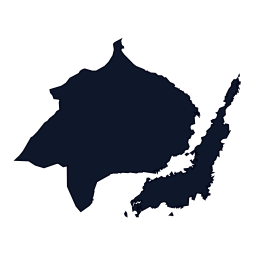 the district of Kota Bitung, Sulawesi Utara, Indonesia
{"feature_id": "22746128B20507278995893", "entity_name": "Kota Bitung", "entity_type": "district", "adm_level": 2, "iso_a3": "IDN", "parent_name": "Indonesia", "parent_adm1": "Sulawesi Utara", "projection": "mercator", "projection_center": [125.223, 1.491], "detail": "fine", "context": "isolated", "style": "filled", "palette": "ink", "viewbox_px": 256, "rotation_deg": 0, "n_neighbors": 0, "source": "geoboundaries", "source_scale": "gbopen_adm2", "svg_char_len": 5979}
<svg xmlns="http://www.w3.org/2000/svg" viewBox="0 0 256 256"><path d="M76.3,206.0L80.8,211.3L89.2,205.3L91.7,202.3L91.7,199.8L93.5,199.9L92.0,199.7L92.7,199.5L92.7,199.2L91.5,198.7L92.7,196.5L93.8,191.3L93.2,191.1L96.6,181.6L109.3,174.6L109.5,173.8L113.4,172.8L117.4,172.9L118.8,171.9L120.4,172.7L122.4,172.0L128.2,172.4L129.6,171.8L136.8,172.7L137.8,172.0L142.4,171.9L142.9,171.2L155.4,173.0L155.4,171.9L153.5,171.8L153.6,170.7L156.3,170.1L157.3,172.3L157.7,170.3L158.5,169.9L158.8,170.8L159.2,170.8L158.4,169.6L160.4,168.6L161.4,169.1L161.6,168.1L161.9,169.0L162.5,168.4L162.1,168.6L161.5,167.9L161.7,167.6L163.9,167.9L167.1,165.9L165.6,163.3L169.0,160.7L171.3,155.1L173.3,154.8L173.8,155.9L174.4,156.0L173.9,155.7L176.4,155.6L176.9,154.6L178.5,154.4L179.3,153.6L181.1,154.2L184.0,152.0L184.0,150.7L185.5,149.5L187.7,149.1L188.9,146.6L187.4,142.4L188.2,138.7L190.1,137.9L191.2,134.4L192.7,134.3L194.1,132.7L192.8,130.3L191.5,130.7L190.2,129.7L189.7,126.5L190.8,124.6L194.4,123.4L193.9,116.6L195.0,116.0L194.9,115.3L196.8,114.3L196.3,113.9L196.6,113.6L198.8,116.0L198.6,114.8L194.9,112.5L196.2,112.5L199.2,114.4L198.9,113.4L199.7,113.6L197.3,111.4L197.5,108.3L194.5,107.4L194.3,105.3L191.9,104.1L190.8,100.8L189.3,100.4L189.5,97.5L188.7,96.0L187.2,95.5L186.9,94.4L184.2,93.9L182.9,91.6L181.8,91.9L181.0,90.8L179.2,90.5L178.9,89.1L177.9,89.4L176.9,88.3L174.4,87.6L173.5,86.3L174.3,85.6L173.6,84.3L169.7,82.6L165.7,77.9L164.4,78.3L161.6,76.0L157.8,75.9L155.4,73.6L150.4,73.2L148.7,72.1L147.5,72.3L147.2,71.3L145.5,71.6L144.0,69.9L135.8,66.6L133.1,64.5L123.7,54.9L121.0,51.2L120.7,49.4L121.5,48.0L123.4,47.8L123.3,46.8L121.3,45.4L120.4,40.8L121.0,39.5L114.9,42.8L113.7,44.2L114.6,49.5L113.2,55.5L109.0,62.3L104.9,66.5L96.3,71.3L92.4,71.4L84.6,69.2L82.6,69.9L80.5,71.3L79.1,73.6L70.1,78.4L66.3,83.3L61.6,86.4L50.2,89.8L50.8,92.6L53.0,95.2L54.1,98.4L58.8,98.9L60.2,99.9L59.5,102.4L60.0,109.9L56.9,111.7L54.9,114.8L49.7,118.9L47.9,121.3L44.8,123.2L37.8,132.1L33.1,136.9L31.3,137.8L23.6,151.2L19.8,156.0L15.4,160.1L28.8,160.6L35.4,164.9L44.0,167.5L57.1,163.0L58.7,163.3L63.3,166.5L67.5,165.5L67.7,186.5L76.3,206.0ZM238.5,81.3L237.7,78.3L236.3,80.0L234.1,79.9L231.9,82.9L231.6,86.2L229.2,89.3L226.6,94.7L227.0,96.1L225.5,96.5L225.3,100.3L226.8,103.6L225.5,104.6L225.2,106.5L219.9,108.6L218.2,112.3L216.6,112.9L218.1,114.3L217.0,117.6L215.5,119.4L212.8,119.9L211.4,120.9L212.0,122.2L213.3,122.2L213.6,124.5L211.6,124.9L211.2,127.4L206.9,131.3L207.4,132.3L206.7,134.8L205.3,136.6L201.8,137.8L202.6,141.0L200.6,145.1L197.5,146.0L195.5,147.9L194.8,150.2L190.8,152.9L192.4,154.3L193.8,151.9L195.1,152.0L195.6,151.1L196.8,152.6L195.6,152.8L195.4,153.9L197.3,154.5L195.8,154.9L195.1,156.8L195.1,158.1L197.3,159.7L196.9,161.1L195.1,158.8L193.9,160.0L193.7,161.6L191.7,161.5L191.4,160.4L190.9,160.5L192.5,162.9L195.5,164.4L195.4,165.6L193.0,165.6L193.8,166.8L193.0,168.0L193.3,169.0L191.7,169.2L191.4,167.1L190.0,167.1L188.6,168.7L184.4,169.0L184.5,169.8L187.4,171.2L186.4,172.9L182.7,173.8L180.9,171.7L179.1,173.0L175.8,173.6L175.2,172.9L174.9,173.7L175.6,174.2L174.7,175.8L173.0,175.1L171.7,172.5L170.2,174.3L171.3,175.6L170.7,176.8L168.9,176.9L167.7,175.5L166.6,176.3L167.1,178.0L163.9,177.9L163.8,178.4L161.5,176.7L158.2,178.8L156.7,178.2L156.3,179.7L155.4,178.9L153.2,180.6L151.7,180.3L151.4,181.4L149.2,182.2L148.1,181.8L147.9,180.5L149.8,179.2L148.9,178.3L147.2,178.5L146.8,181.6L144.7,183.9L145.1,186.3L143.6,186.6L143.1,188.0L144.3,188.7L143.5,191.1L142.0,191.6L140.3,194.7L135.5,198.0L134.0,200.0L132.0,200.6L131.0,202.2L132.3,205.4L133.1,201.9L133.8,201.6L133.5,200.6L135.3,200.9L135.2,202.8L138.3,199.9L139.0,201.3L141.3,200.4L141.9,201.8L139.6,204.3L138.7,204.0L138.7,204.7L137.9,203.8L137.8,204.6L134.6,204.7L133.6,207.4L132.7,207.7L133.1,210.7L134.6,209.6L136.6,210.5L137.8,212.1L138.2,213.4L137.5,214.5L135.8,214.9L136.7,216.5L138.0,216.5L137.9,215.0L140.3,211.7L139.9,209.4L138.4,209.5L136.9,208.0L137.6,206.8L138.7,208.0L140.7,206.6L140.2,208.3L141.4,208.6L141.9,210.5L150.3,205.8L152.4,207.8L153.1,207.2L154.9,207.9L157.7,206.7L160.7,202.3L164.1,201.4L166.6,202.3L167.1,203.1L166.6,204.0L167.9,203.9L167.9,206.1L172.5,207.4L173.7,206.7L174.2,207.5L175.4,206.2L176.8,207.7L177.7,206.4L178.4,207.5L179.3,206.9L180.2,205.4L180.7,206.6L181.9,205.9L181.5,207.7L182.8,206.9L183.0,205.7L188.0,205.0L188.5,197.5L189.4,196.6L192.6,196.2L192.3,199.0L194.0,199.6L196.5,192.6L201.9,193.4L202.0,195.9L203.4,195.8L203.3,198.3L205.0,199.4L205.4,197.7L206.4,197.6L206.1,195.7L207.3,195.9L208.1,194.2L208.7,195.0L209.7,194.8L209.9,194.2L207.3,192.6L208.8,190.1L206.9,189.0L207.3,187.8L206.4,186.3L206.9,185.7L208.6,186.8L209.7,186.2L210.3,185.1L209.2,184.6L209.5,182.8L212.2,182.5L211.6,180.8L213.0,179.9L211.8,179.0L213.0,177.0L211.2,177.8L210.1,176.2L210.9,175.3L209.9,174.5L210.1,173.7L213.0,172.6L211.2,172.0L211.9,168.3L210.8,168.0L210.6,167.0L211.7,166.8L211.1,165.4L213.1,164.2L213.7,162.9L213.3,161.3L215.4,159.5L216.8,155.6L217.7,155.2L218.8,156.0L218.6,151.0L219.7,149.8L221.7,149.9L221.4,148.9L222.1,147.4L221.3,146.2L222.4,146.2L222.0,144.6L223.2,143.9L220.9,143.3L219.8,141.0L222.6,138.4L226.2,137.8L229.6,131.4L228.5,131.8L228.3,124.8L225.8,124.1L224.7,125.4L222.9,124.5L222.7,122.6L223.8,121.8L222.4,117.0L225.1,114.7L224.8,109.8L226.6,107.0L230.5,104.0L230.3,102.1L231.6,101.4L231.1,100.5L232.4,100.5L232.4,99.0L233.2,98.6L232.3,97.3L234.2,95.4L233.8,94.5L236.4,93.8L236.1,91.7L238.0,92.0L237.2,88.4L237.6,86.1L238.7,85.3L237.0,86.1L236.3,85.1L238.5,81.3ZM126.7,216.2L126.4,213.2L125.7,212.2L124.8,213.8L125.6,215.6L126.7,216.2ZM173.0,215.9L171.8,213.1L169.9,215.0L172.5,215.2L173.0,215.9ZM187.1,153.4L185.6,154.4L186.4,155.3L188.4,153.9L187.1,153.4ZM240.6,82.0L239.0,82.2L238.2,84.1L239.7,84.0L239.8,82.4L240.6,82.0ZM223.6,101.3L224.6,101.2L224.7,100.7L223.6,101.3ZM238.6,88.0L238.4,87.5L237.9,87.3L238.1,87.7L238.6,88.0ZM238.9,76.0L239.2,75.9L239.1,75.5L238.9,76.0ZM212.8,170.2L212.2,169.9L212.0,170.1L212.8,170.2Z" fill="#0f172a" stroke="#020617" stroke-width="1.5"/></svg>